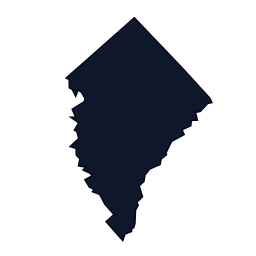 the district of Sevier, Arkansas, United States of America, rotated 47°
{"feature_id": "52423323B63638786048943", "entity_name": "Sevier", "entity_type": "district", "adm_level": 2, "iso_a3": "USA", "parent_name": "United States of America", "parent_adm1": "Arkansas", "projection": "albers", "projection_center": [-94.206, 33.972], "detail": "fine", "context": "isolated", "style": "filled", "palette": "ink", "viewbox_px": 256, "rotation_deg": 47, "n_neighbors": 0, "source": "geoboundaries", "source_scale": "gbopen_adm2", "svg_char_len": 988}
<svg xmlns="http://www.w3.org/2000/svg" viewBox="0 0 256 256"><g transform="rotate(47 128 128)"><path d="M49.3,139.2L52.4,138.0L58.6,143.5L61.9,142.5L69.1,144.6L66.2,138.5L70.1,137.7L77.2,139.3L78.9,142.1L76.2,156.0L84.4,158.9L81.1,162.5L90.6,160.6L93.0,168.7L95.5,167.7L102.0,171.2L102.1,183.0L107.6,179.8L112.4,184.3L117.8,184.3L122.0,190.1L127.8,185.5L128.0,189.5L135.9,186.4L138.4,187.2L136.4,194.8L144.9,196.6L149.6,194.6L150.4,197.4L157.3,194.0L167.9,196.9L181.7,197.3L181.5,207.9L206.7,208.6L203.5,202.5L206.1,196.0L203.4,193.1L204.9,192.1L202.8,188.3L193.2,178.5L191.4,173.1L188.4,172.4L188.2,164.3L178.0,159.3L177.9,152.7L175.3,149.3L174.0,147.8L172.8,140.1L176.6,129.3L173.3,125.1L173.8,118.0L172.0,117.1L167.5,105.2L171.1,91.4L166.1,89.7L169.2,80.5L165.6,76.6L169.6,71.8L162.6,68.1L165.2,63.8L164.4,53.0L166.6,49.3L162.1,47.8L120.5,47.4L120.2,47.4L51.7,48.2L50.1,109.6L50.1,110.4L49.4,133.2L49.4,134.5L49.3,139.2Z" fill="#0f172a" stroke="#020617" stroke-width="1.5"/></g></svg>